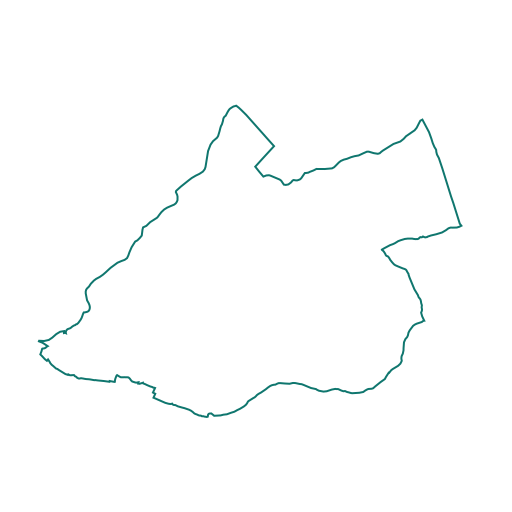 the district of Paltinoasa, Suceava, Romania, rotated 102°
{"feature_id": "2599482B31508452360493", "entity_name": "Paltinoasa", "entity_type": "district", "adm_level": 2, "iso_a3": "ROU", "parent_name": "Romania", "parent_adm1": "Suceava", "projection": "albers", "projection_center": [25.986, 47.548], "detail": "fine", "context": "isolated", "style": "outline", "palette": "teal", "viewbox_px": 512, "rotation_deg": 102, "n_neighbors": 0, "source": "geoboundaries", "source_scale": "gbopen_adm2", "svg_char_len": 6091}
<svg xmlns="http://www.w3.org/2000/svg" viewBox="0 0 512 512"><g transform="rotate(102 256 256)"><path d="M397.1,446.5L398.3,444.6L400.8,441.1L402.0,438.7L400.4,437.9L402.5,435.8L403.6,434.9L404.9,433.2L405.7,431.6L407.7,428.1L407.8,426.6L408.2,426.0L411.1,417.9L411.4,415.2L410.8,415.0L411.3,413.3L411.1,411.9L410.8,411.3L410.4,409.6L410.4,409.0L410.8,408.7L411.2,408.2L411.6,406.6L412.4,405.5L412.6,404.4L412.7,403.6L412.5,403.1L412.3,402.5L412.1,402.2L411.9,401.7L411.9,401.0L411.8,399.9L411.8,398.6L411.7,396.6L411.3,393.8L411.2,392.5L411.1,388.8L411.0,387.9L410.8,387.5L410.6,384.8L409.9,378.6L409.5,373.2L408.7,373.2L408.6,368.3L408.4,367.9L407.2,368.1L405.6,368.1L404.7,368.0L402.3,367.6L401.8,367.4L401.4,367.1L402.4,364.3L402.7,363.1L402.6,362.3L402.0,359.8L401.4,356.8L401.3,355.5L401.6,354.9L402.2,353.9L403.6,352.4L404.5,351.0L404.7,349.0L404.8,348.2L404.8,346.9L404.6,346.3L403.9,344.7L405.3,344.7L405.2,343.3L403.5,340.3L404.0,340.2L404.5,337.3L404.8,336.3L405.6,332.3L405.7,330.4L406.1,329.2L406.0,328.3L406.1,327.3L411.0,328.4L411.7,325.9L415.9,326.8L417.7,318.1L418.5,314.2L418.7,311.1L418.6,309.0L417.9,307.3L418.3,307.1L418.6,306.4L418.8,305.4L418.6,303.8L418.9,302.7L419.3,301.2L419.6,296.8L419.7,294.3L420.3,289.4L420.9,287.2L421.9,285.1L422.6,284.0L422.9,283.3L423.1,282.5L423.4,280.4L423.7,279.3L423.8,278.5L423.8,278.0L423.6,276.8L424.0,275.5L423.7,274.4L423.7,273.8L423.8,273.2L423.7,271.3L423.7,270.7L423.2,269.8L421.3,269.9L420.3,269.5L419.8,268.8L419.3,267.0L420.7,264.2L421.0,263.7L420.6,262.3L419.3,257.5L418.0,254.9L416.9,251.6L414.5,247.8L412.9,244.9L411.8,243.6L410.7,242.4L408.8,239.9L405.6,236.5L403.6,234.9L401.9,234.1L400.4,233.7L399.6,233.3L395.5,229.1L394.6,228.0L393.3,227.0L392.0,226.3L390.4,224.9L388.6,222.8L386.0,220.3L384.2,218.6L382.2,217.0L380.2,215.1L379.1,213.6L378.2,211.7L377.8,210.3L376.4,208.6L375.6,207.3L375.2,205.2L374.8,201.9L374.0,196.6L372.6,193.7L372.3,192.5L372.1,190.9L372.1,186.7L371.9,184.7L372.2,182.7L373.0,178.5L373.7,174.7L373.7,169.7L374.2,168.5L374.7,166.4L374.6,161.8L373.6,158.7L370.9,154.1L369.5,150.8L369.5,150.0L369.1,147.9L369.9,144.4L370.1,142.3L369.6,140.9L370.1,138.6L370.1,137.3L370.3,134.6L370.2,133.3L368.3,126.5L366.7,122.8L364.9,121.2L363.4,119.5L362.7,118.4L361.8,115.3L361.0,113.9L358.8,112.3L353.4,107.9L349.6,104.4L347.2,103.7L342.5,101.9L342.6,101.5L339.6,100.0L338.2,98.8L333.9,94.2L331.3,92.4L328.7,91.7L328.0,91.7L326.4,92.4L324.6,92.7L323.5,92.7L321.0,92.1L317.6,92.1L315.5,92.5L309.6,93.3L306.2,92.6L303.9,91.3L302.0,90.9L299.3,90.9L296.8,90.2L291.6,87.8L289.9,86.2L288.7,84.6L286.1,80.1L285.6,79.7L285.0,79.2L284.5,78.6L284.3,78.0L280.5,80.9L277.1,82.7L275.3,82.4L274.2,82.4L273.0,82.8L271.8,83.3L269.7,83.5L267.8,84.6L265.9,85.3L264.4,86.1L263.5,87.0L262.8,88.0L262.1,88.6L260.6,89.5L255.7,94.1L245.2,101.3L242.7,102.8L241.8,103.1L240.6,104.3L238.5,106.1L238.1,106.8L237.8,107.9L237.6,109.9L236.7,114.8L236.1,117.7L235.6,119.0L234.9,120.1L233.8,121.6L231.7,124.1L230.9,124.7L230.2,125.4L229.3,126.4L228.9,127.1L228.8,128.1L228.6,128.7L227.7,129.6L226.9,130.1L225.0,132.0L224.3,133.1L223.8,134.1L223.6,134.2L221.6,132.0L217.5,127.1L215.9,124.5L214.6,122.8L211.9,120.0L210.5,117.8L208.4,114.0L207.4,111.1L206.7,107.9L206.5,106.9L206.5,105.2L206.3,103.4L205.8,101.4L205.3,100.6L204.9,100.3L204.3,100.0L203.4,99.2L203.3,98.9L203.4,98.4L203.2,97.7L202.8,97.2L202.4,97.0L202.2,96.8L202.2,96.6L202.4,96.2L202.6,94.8L202.5,93.9L202.1,93.2L201.9,92.6L201.2,91.9L199.5,89.0L197.3,84.3L194.3,78.9L191.2,75.5L188.9,73.5L187.8,71.7L187.3,69.2L186.4,65.5L185.2,63.3L183.7,61.4L182.0,63.4L163.2,74.0L157.2,77.6L131.7,91.9L122.2,97.5L119.1,100.1L116.6,101.3L114.9,101.8L114.2,102.3L112.2,104.2L108.8,106.6L104.7,108.9L98.9,112.5L88.0,121.6L89.5,123.4L92.3,124.2L94.6,124.8L97.2,125.5L100.1,127.0L107.6,134.1L110.7,135.9L114.0,138.6L117.8,144.8L126.5,153.8L128.0,155.1L129.8,156.4L130.7,158.1L130.9,162.2L130.5,167.4L130.9,169.2L133.2,172.4L136.3,176.5L137.9,180.4L139.6,183.6L142.0,187.2L143.5,190.2L145.4,192.8L147.3,194.4L151.4,197.0L153.0,198.1L154.5,199.9L156.7,207.1L158.3,215.0L160.4,217.6L162.4,220.7L163.6,222.2L164.4,224.3L164.7,225.5L170.5,227.9L171.8,228.8L172.6,229.9L173.5,231.5L173.8,233.2L173.8,234.2L173.9,235.1L174.6,235.9L176.7,237.0L178.7,238.7L179.3,239.3L180.3,241.7L180.4,243.6L177.1,247.0L176.3,248.7L174.4,258.6L174.3,259.8L174.4,260.5L175.1,262.7L176.8,265.3L173.0,270.2L168.8,275.3L159.5,269.9L144.8,261.2L140.5,267.1L120.1,294.8L116.1,301.0L114.5,303.7L113.1,306.6L113.9,308.0L114.4,309.1L116.2,311.0L117.6,312.3L119.3,313.1L121.4,313.8L125.1,314.8L126.3,315.8L127.5,316.3L128.7,316.5L130.6,316.4L134.3,316.7L136.3,317.3L138.5,317.5L141.6,317.6L146.5,318.0L148.4,318.7L152.6,321.9L156.5,323.6L163.3,324.7L179.4,323.9L181.8,324.2L184.5,325.5L187.4,328.4L189.9,331.6L193.1,335.1L195.9,337.5L203.7,343.9L208.1,347.1L209.1,347.7L210.1,347.7L212.5,345.9L214.2,345.1L217.7,344.4L219.4,344.7L221.2,345.4L222.8,346.8L224.4,349.1L227.2,353.0L229.6,355.5L232.8,357.7L235.5,359.0L238.2,360.2L239.3,360.9L244.8,366.5L249.3,369.5L251.5,372.4L253.9,372.5L257.1,372.2L259.8,372.0L262.5,373.4L265.4,375.3L267.0,377.2L273.3,379.5L278.8,380.6L282.1,381.0L284.9,381.7L287.1,383.7L288.9,386.6L291.4,390.1L297.7,395.7L299.5,397.0L303.2,399.6L306.1,401.8L308.9,404.4L311.6,407.6L313.8,409.5L317.5,411.8L320.6,413.0L323.0,414.6L324.3,415.1L326.0,415.2L327.9,414.8L332.2,413.0L334.5,412.0L337.0,409.8L338.8,408.6L340.5,407.9L342.0,407.7L343.2,407.8L344.1,408.1L344.7,408.4L345.2,408.9L345.8,409.7L346.7,411.6L347.0,412.7L347.9,413.0L349.1,413.2L350.8,413.4L352.8,413.7L354.8,414.3L358.4,415.9L359.9,417.0L360.1,417.6L360.5,418.0L361.2,418.5L361.6,419.3L362.2,420.0L363.5,421.3L364.4,421.9L365.4,422.9L366.6,424.9L367.1,425.4L368.0,425.9L368.7,426.2L370.1,426.3L371.0,425.9L370.8,426.7L371.3,427.8L369.4,428.2L370.8,431.8L373.9,435.1L378.2,438.3L381.2,441.2L383.2,445.6L384.0,450.5L384.6,450.6L385.2,446.9L385.9,445.0L387.5,441.0L388.3,441.9L389.1,442.4L389.8,443.1L390.3,443.8L390.6,444.5L390.9,445.5L391.1,445.8L391.4,445.9L393.7,446.0L397.1,446.5Z" fill="none" stroke="#0f766e" stroke-width="2"/></g></svg>